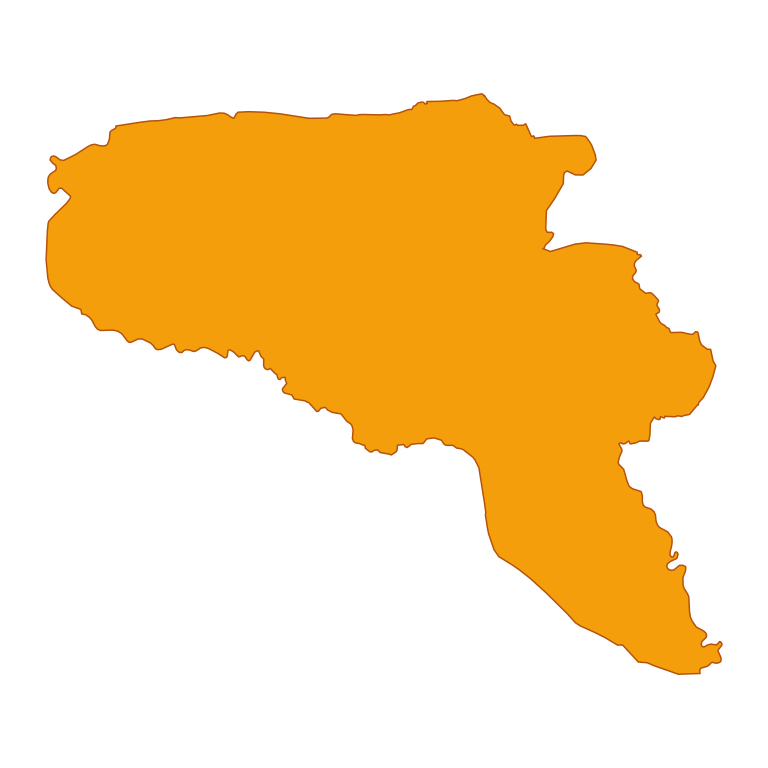 Nong Chik, Pattani, Thailand (Natural Earth projection)
{"feature_id": "78962969B59272581561490", "entity_name": "Nong Chik", "entity_type": "district", "adm_level": 2, "iso_a3": "THA", "parent_name": "Thailand", "parent_adm1": "Pattani", "projection": "natural_earth1", "projection_center": [101.184, 6.781], "detail": "fine", "context": "isolated", "style": "filled", "palette": "amber", "viewbox_px": 768, "rotation_deg": 0, "n_neighbors": 0, "source": "geoboundaries", "source_scale": "gbopen_adm2", "svg_char_len": 6076}
<svg xmlns="http://www.w3.org/2000/svg" viewBox="0 0 768 768"><path d="M530.3,578.5L546.2,592.9L566.9,613.3L575.5,622.8L580.6,626.1L594.3,632.2L604.9,637.5L617.5,645.1L622.6,645.0L638.3,662.0L647.3,662.8L654.4,665.8L678.2,674.2L700.0,673.5L699.8,670.1L700.8,668.2L707.0,666.4L709.2,664.9L711.4,662.6L712.7,662.4L715.4,663.1L717.4,663.1L719.6,662.4L720.9,661.2L721.1,658.7L720.7,657.0L717.9,650.8L718.2,649.9L721.8,645.3L721.9,643.7L720.5,641.7L719.6,641.6L716.6,644.9L710.8,644.1L707.1,645.2L704.0,647.0L702.2,646.5L701.3,644.9L701.4,642.8L702.3,641.2L706.2,637.3L706.6,635.7L706.1,633.4L704.1,631.3L696.3,627.0L692.0,620.9L690.3,616.7L689.5,611.4L688.8,596.8L687.2,593.3L684.1,588.4L683.1,585.0L682.9,578.2L683.3,576.5L685.4,571.4L685.8,567.8L685.5,566.5L682.7,565.3L679.5,565.3L675.3,568.8L673.8,569.8L672.1,570.3L669.0,569.8L667.2,567.8L666.8,565.7L667.6,563.7L670.1,561.6L676.5,558.6L677.2,557.5L678.0,554.4L677.4,552.6L676.1,551.9L675.1,552.4L673.7,556.1L672.8,557.0L671.4,556.9L670.0,555.1L670.1,551.9L671.6,546.1L672.1,542.1L672.0,539.0L671.4,536.8L667.7,531.9L659.5,527.4L658.3,526.1L657.4,524.8L656.4,522.2L655.9,520.1L655.5,515.1L654.1,511.8L651.0,509.0L645.0,506.9L643.3,505.2L642.4,502.0L642.3,495.3L641.1,491.6L632.4,488.7L630.2,487.2L628.9,485.8L627.0,481.0L623.7,469.3L618.8,464.3L618.2,462.3L619.2,457.7L622.0,451.0L621.8,449.3L618.8,443.8L620.8,442.7L622.8,443.9L625.2,443.6L628.4,441.1L629.0,441.4L630.1,443.7L630.7,443.9L636.1,442.8L639.5,441.1L647.7,441.1L648.8,440.7L649.9,435.4L650.4,423.3L654.1,417.3L654.7,417.3L655.9,418.8L659.4,419.6L659.9,419.4L660.5,416.7L664.0,418.0L664.6,417.7L664.8,416.3L674.9,416.8L678.1,415.8L681.6,416.5L684.4,415.4L688.5,414.7L689.8,414.1L697.5,405.0L698.3,404.9L698.8,402.5L703.3,397.5L709.1,386.9L712.8,377.0L715.7,366.4L715.6,365.4L713.1,361.0L710.7,349.6L710.3,349.3L707.2,349.2L701.5,344.9L699.7,340.8L698.0,332.6L697.1,331.8L695.5,331.7L693.3,333.9L692.3,334.3L690.0,334.2L681.5,332.3L671.0,332.6L670.5,332.2L668.9,328.4L666.9,327.7L664.3,325.2L661.4,323.6L660.1,322.4L656.0,314.7L656.4,313.7L658.9,312.5L659.5,310.7L659.2,309.2L656.9,305.3L657.3,303.4L658.6,301.0L658.4,300.2L653.9,295.2L651.5,293.2L650.0,292.7L645.7,293.3L640.2,289.2L639.6,288.0L639.1,284.7L638.6,283.8L634.5,281.7L632.6,278.9L632.6,276.2L635.4,272.8L636.1,271.3L636.0,269.5L634.3,265.9L634.5,263.2L636.1,260.6L641.4,256.2L641.2,255.5L640.3,254.6L638.0,254.7L637.3,254.4L637.1,252.2L622.7,246.5L614.5,245.1L607.1,244.3L586.0,242.8L575.0,244.1L550.5,251.5L543.2,248.7L544.1,248.2L545.5,245.0L549.9,240.8L552.7,236.9L553.6,233.7L551.8,232.3L547.2,232.3L545.7,229.1L546.4,210.6L554.4,199.0L563.3,183.7L563.6,175.6L564.3,172.7L567.0,171.0L575.3,174.9L582.9,175.0L590.9,168.6L596.1,160.1L595.3,154.9L591.6,145.0L588.8,140.6L585.6,136.5L580.6,135.6L575.8,135.5L549.2,136.3L534.7,138.3L534.2,136.3L533.2,135.9L531.9,136.6L531.3,136.3L525.9,124.1L525.3,123.9L523.3,125.3L517.7,125.3L516.5,124.2L514.9,125.0L514.0,125.0L511.0,121.0L509.7,116.1L504.9,114.8L503.7,113.7L499.8,108.2L493.8,104.0L490.2,102.6L486.9,99.3L484.4,95.5L483.8,95.8L483.0,94.5L481.7,93.8L471.6,95.9L464.6,98.7L457.1,100.7L453.1,100.4L440.2,101.3L427.2,101.5L426.6,102.1L427.1,102.7L427.1,103.5L426.0,103.9L424.8,103.8L423.8,102.6L422.7,102.1L421.1,102.2L418.0,103.0L415.3,105.6L413.4,106.3L412.1,109.1L411.2,109.5L408.5,109.5L399.7,112.7L389.1,114.9L385.3,114.5L379.7,114.9L364.6,114.5L359.5,114.6L355.8,115.4L335.6,113.8L331.5,114.4L328.6,117.4L326.5,118.1L308.9,118.3L280.6,113.9L264.0,112.2L248.5,111.7L238.1,112.2L236.0,114.1L234.1,118.0L233.2,118.1L230.1,116.6L228.0,114.9L224.1,113.2L219.6,113.0L207.4,115.5L179.9,117.9L175.1,117.6L166.1,119.7L158.5,120.7L149.8,121.0L139.2,122.4L116.0,126.0L115.8,127.5L115.3,128.5L111.8,130.3L110.3,131.7L109.9,132.7L109.5,138.3L108.8,140.9L107.6,144.0L105.9,145.6L102.9,146.0L99.8,145.7L94.8,144.3L91.5,144.8L87.3,146.9L75.4,154.6L63.7,160.4L60.1,159.9L55.5,156.5L53.8,156.0L51.7,156.4L50.7,157.5L50.1,160.0L52.9,163.4L55.6,165.2L56.4,168.1L55.7,170.4L50.9,173.6L49.4,175.2L48.2,177.4L47.8,180.7L47.9,183.7L49.2,188.9L51.6,192.4L54.0,193.4L55.8,192.5L59.1,188.4L61.5,188.1L70.4,196.1L70.6,196.7L70.1,198.4L66.8,203.0L54.7,214.8L48.9,221.1L48.2,223.0L47.4,230.7L46.1,259.7L47.8,277.7L49.0,282.9L50.3,286.2L52.4,289.4L61.6,297.7L71.8,306.2L80.8,309.4L81.8,314.0L85.7,314.7L89.3,317.2L91.8,320.0L95.4,326.8L97.7,329.3L100.5,330.5L111.1,330.1L114.0,330.3L117.5,331.1L121.7,333.6L127.4,341.1L129.2,342.3L130.9,342.3L138.5,338.9L142.6,339.1L150.7,343.1L153.5,345.8L155.4,348.8L157.7,349.7L161.2,349.3L172.4,344.2L173.9,344.2L174.4,344.5L175.9,348.5L177.0,350.4L178.7,352.0L180.6,352.6L182.1,352.3L184.0,350.5L185.4,349.9L188.6,349.8L193.9,351.5L196.1,350.9L200.5,348.0L203.5,347.4L205.8,347.7L208.4,348.5L217.5,353.2L224.5,357.7L225.8,357.7L226.8,357.0L227.3,356.0L227.9,350.8L228.8,350.0L230.2,349.9L233.7,352.1L238.7,356.9L242.3,355.8L244.0,355.8L245.5,357.2L247.0,359.7L248.6,360.8L250.1,360.2L254.7,352.2L257.5,350.8L258.6,351.0L260.9,356.2L263.7,359.1L263.6,365.3L264.2,367.4L265.4,368.9L267.7,369.7L270.3,368.5L274.8,373.2L276.7,374.4L278.0,378.5L278.7,379.3L280.1,379.4L281.9,377.5L285.3,377.5L285.3,380.1L286.7,383.4L282.5,388.8L282.6,390.7L284.0,392.8L291.6,394.9L292.4,395.8L294.1,399.0L305.3,400.9L307.2,402.2L308.7,402.5L316.7,411.4L318.5,411.2L320.8,408.3L325.0,407.4L325.7,407.7L327.7,410.1L332.4,412.4L341.0,413.9L346.8,421.3L350.9,424.1L352.0,425.9L353.1,430.2L352.4,438.6L353.4,441.2L355.2,442.8L359.6,443.6L362.6,444.9L364.7,445.4L365.5,448.5L370.1,451.9L371.7,451.9L374.6,450.2L377.6,450.0L380.3,452.6L387.9,453.9L391.4,454.9L395.4,452.3L396.7,451.0L397.3,448.9L397.3,445.6L397.6,445.3L403.4,444.5L404.1,444.9L405.1,446.7L407.1,447.5L409.9,445.6L411.1,444.3L418.6,443.5L422.7,443.6L424.0,442.5L426.7,438.9L434.2,437.9L441.6,440.3L443.7,443.8L445.3,445.0L447.2,445.4L452.8,445.3L456.7,448.1L461.2,448.8L463.2,449.6L473.1,457.4L475.1,460.2L478.9,467.7L484.3,501.7L485.8,512.5L485.4,514.9L487.6,528.9L488.7,534.1L494.0,549.6L498.8,556.6L512.2,564.9L519.7,570.1L530.3,578.5Z" fill="#f59e0b" stroke="#b45309" stroke-width="1.5"/></svg>